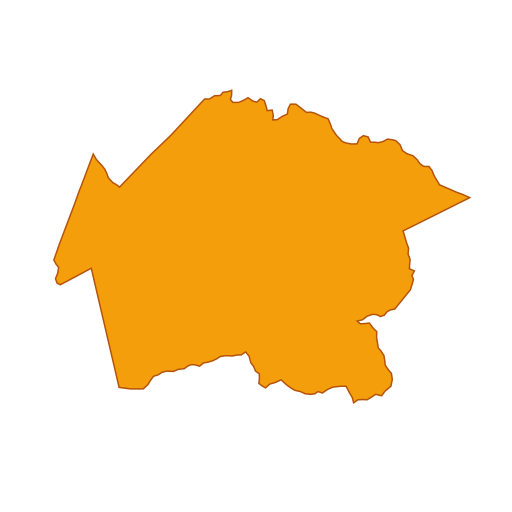 São Sebastião do Passé, Bahia, Brazil, rotated 12°
{"feature_id": "56859067B57148089527577", "entity_name": "São Sebastião do Passé", "entity_type": "district", "adm_level": 2, "iso_a3": "BRA", "parent_name": "Brazil", "parent_adm1": "Bahia", "projection": "robinson", "projection_center": [-38.471, -12.522], "detail": "fine", "context": "isolated", "style": "filled", "palette": "amber", "viewbox_px": 512, "rotation_deg": 12, "n_neighbors": 0, "source": "geoboundaries", "source_scale": "gbopen_adm2", "svg_char_len": 2500}
<svg xmlns="http://www.w3.org/2000/svg" viewBox="0 0 512 512"><g transform="rotate(12 256 256)"><path d="M67.7,242.9L61.2,285.3L59.1,301.9L62.0,305.4L65.3,308.1L65.6,314.1L64.6,319.9L67.1,323.9L70.6,324.8L97.4,302.2L141.0,395.0L149.4,413.0L160.9,412.1L173.4,409.4L177.0,404.2L178.4,400.2L180.7,395.0L185.0,392.6L188.4,389.2L192.5,387.2L199.2,386.1L203.7,382.9L209.2,381.2L212.3,377.6L215.7,375.6L219.3,375.1L223.8,375.5L226.9,371.5L231.0,369.9L235.5,367.4L239.1,364.6L241.8,361.8L247.1,359.8L253.7,358.7L257.8,356.9L262.1,355.8L265.8,352.0L270.0,355.4L273.1,361.4L276.8,364.7L279.4,368.6L283.7,370.6L284.8,375.1L285.3,380.0L289.0,381.8L292.7,383.0L296.1,378.4L301.2,375.7L306.3,371.9L312.5,375.5L317.1,377.7L321.8,379.3L327.7,379.4L332.7,380.5L338.0,380.0L342.1,378.6L344.9,375.7L349.4,376.2L353.9,371.5L358.4,368.3L365.5,365.9L371.2,364.7L375.7,370.1L379.8,374.7L382.0,379.3L385.5,375.5L390.3,374.2L394.6,373.5L398.2,370.1L401.8,366.4L407.9,366.6L410.4,361.2L415.0,355.4L415.0,348.4L412.8,342.6L409.5,340.1L405.2,336.1L403.7,331.6L401.8,326.7L397.9,322.8L394.7,320.5L393.2,316.6L391.0,311.0L389.8,304.9L385.3,302.0L380.9,298.0L376.4,299.5L372.1,300.6L368.4,298.6L373.5,296.2L377.3,291.7L382.2,288.8L386.4,288.3L390.3,289.3L393.8,287.2L395.7,283.4L398.5,280.9L402.8,279.0L414.0,257.0L414.6,250.9L414.9,246.2L412.6,242.8L414.0,237.7L408.7,236.6L408.0,232.3L407.5,227.4L404.4,222.6L403.6,216.6L401.2,212.9L398.2,207.4L394.6,200.9L452.9,154.5L445.7,152.9L438.8,151.9L420.7,148.2L417.0,144.2L413.2,140.0L410.5,135.9L406.6,132.5L401.4,133.5L397.3,131.7L393.4,128.1L388.5,125.3L382.2,124.5L377.4,122.5L373.7,117.1L368.5,114.0L364.1,114.0L360.2,114.4L356.4,117.7L351.9,119.8L348.3,120.0L344.4,120.9L340.9,116.2L336.0,116.0L332.7,119.4L331.5,125.3L326.1,126.6L320.3,126.7L316.4,126.0L313.4,123.8L309.8,121.4L306.5,118.3L303.7,115.6L301.2,111.3L298.0,106.8L292.7,106.1L287.7,105.0L283.8,104.1L279.8,103.9L275.4,105.0L269.9,102.3L263.5,99.2L258.1,100.3L256.8,105.3L257.2,110.6L252.7,113.9L248.4,118.3L244.0,119.4L243.8,115.3L241.5,109.9L236.7,111.5L235.0,107.9L231.8,102.3L227.7,101.2L224.9,105.3L220.9,105.2L215.3,102.8L211.9,105.9L207.4,109.3L201.3,110.6L198.4,108.1L198.7,103.9L197.8,99.0L194.1,101.2L189.7,102.7L187.8,106.4L182.1,107.9L177.7,112.2L173.1,113.1L148.0,155.0L145.5,158.8L132.2,178.3L108.2,217.0L104.8,215.3L100.5,213.9L95.4,210.3L92.7,206.0L90.1,202.6L86.8,199.8L83.2,197.3L79.7,194.7L75.6,190.1L70.5,223.8L69.7,228.1L67.7,242.9Z" fill="#f59e0b" stroke="#b45309" stroke-width="1.5"/></g></svg>